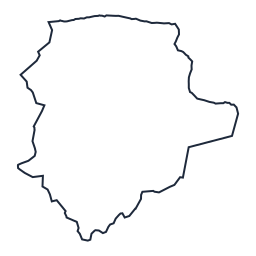 Bokkos, Plateau, Nigeria (Robinson projection), rotated 180°
{"feature_id": "59680162B1032840889978", "entity_name": "Bokkos", "entity_type": "district", "adm_level": 2, "iso_a3": "NGA", "parent_name": "Nigeria", "parent_adm1": "Plateau", "projection": "robinson", "projection_center": [8.917, 9.236], "detail": "fine", "context": "isolated", "style": "outline", "palette": "slate", "viewbox_px": 256, "rotation_deg": 180, "n_neighbors": 0, "source": "geoboundaries", "source_scale": "gbopen_adm2", "svg_char_len": 2162}
<svg xmlns="http://www.w3.org/2000/svg" viewBox="0 0 256 256"><g transform="rotate(180 128 128)"><path d="M17.9,142.3L19.5,148.6L20.4,149.5L22.2,151.4L24.8,151.3L26.6,153.1L28.4,153.1L31.0,153.9L32.7,152.8L35.2,152.8L40.4,152.4L42.2,153.3L46.6,154.1L51.8,155.8L54.5,156.4L57.6,157.1L58.8,157.4L61.5,160.3L64.2,163.1L66.0,164.0L66.2,164.8L67.2,168.0L67.2,171.8L67.3,174.7L67.1,178.7L65.9,182.7L64.3,186.7L64.4,187.7L64.5,190.5L63.8,194.6L65.4,196.3L65.6,196.5L67.6,198.4L67.7,199.7L70.1,201.2L71.9,203.1L72.8,204.0L74.6,204.9L78.1,205.7L78.9,207.6L79.8,209.7L81.5,212.0L80.2,214.5L79.4,216.5L78.6,218.5L77.0,221.6L77.1,224.5L77.2,226.5L79.0,229.3L80.9,232.2L84.4,231.6L87.0,232.9L92.2,232.6L92.7,232.7L99.1,233.3L101.7,233.1L104.3,233.0L109.6,234.7L111.3,234.6L115.6,235.4L120.1,237.3L121.4,237.1L124.4,236.9L125.8,237.6L130.0,238.5L130.4,238.6L134.0,239.4L134.8,239.6L137.5,240.2L140.1,240.1L146.0,240.4L149.6,240.6L151.3,239.5L153.9,240.3L155.3,240.3L156.6,240.6L157.9,240.1L160.0,240.0L161.5,239.9L164.2,239.3L166.8,238.7L168.2,238.7L169.4,238.6L171.0,237.9L172.0,237.5L173.5,237.6L175.5,237.7L177.1,237.2L178.9,237.1L180.6,237.0L182.3,236.0L184.0,235.9L189.2,234.6L191.8,234.5L193.8,235.0L195.3,235.3L195.9,235.6L197.1,234.9L207.4,233.9L203.9,225.9L206.6,213.6L217.9,204.3L216.3,200.7L219.3,195.3L235.4,181.2L229.3,174.4L228.5,168.3L225.0,165.9L223.2,163.5L219.7,152.9L211.6,150.7L214.0,145.0L222.3,129.5L221.6,128.5L221.5,126.3L221.4,126.1L223.5,114.8L221.1,107.7L220.3,104.1L221.3,100.1L227.6,95.2L234.5,92.7L237.9,91.2L238.1,90.2L237.9,87.9L236.0,86.4L231.3,83.1L223.3,78.9L213.1,80.2L213.5,69.5L208.4,66.5L206.1,61.6L204.2,54.6L199.3,55.8L190.4,44.9L191.2,43.0L189.6,39.7L189.4,38.5L179.2,34.1L177.4,28.0L178.4,24.9L176.2,22.2L173.9,16.6L168.2,15.4L165.7,16.3L164.5,22.3L161.3,25.4L160.5,25.8L157.1,25.5L153.1,22.9L150.0,24.1L147.6,29.2L145.9,31.5L142.4,32.7L140.3,37.4L137.1,41.0L135.5,42.5L134.1,42.6L133.6,42.7L131.3,38.5L126.7,40.0L120.7,47.4L120.4,47.3L115.0,57.1L114.9,61.1L113.6,64.2L102.7,65.1L101.6,64.3L97.0,63.6L86.1,69.2L81.6,71.1L75.9,78.8L73.1,78.4L67.3,108.8L24.0,120.1L17.9,142.3Z" fill="none" stroke="#1e293b" stroke-width="2"/></g></svg>